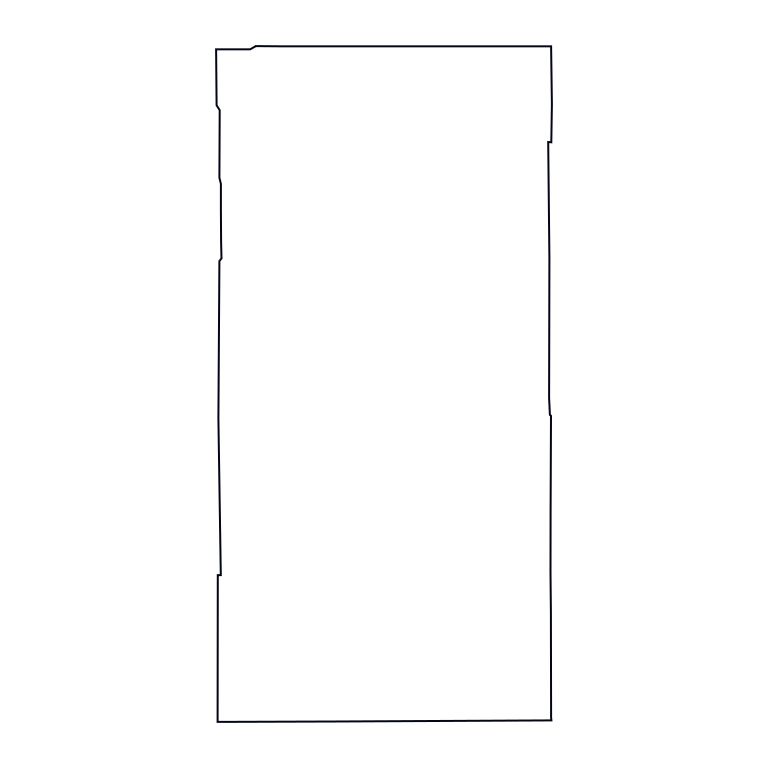 Campbell, Wyoming, United States of America
{"feature_id": "52423323B69169088112186", "entity_name": "Campbell", "entity_type": "district", "adm_level": 2, "iso_a3": "USA", "parent_name": "United States of America", "parent_adm1": "Wyoming", "projection": "natural_earth1", "projection_center": [-105.604, 44.248], "detail": "fine", "context": "isolated", "style": "outline", "palette": "ink", "viewbox_px": 768, "rotation_deg": 0, "n_neighbors": 0, "source": "geoboundaries", "source_scale": "gbopen_adm2", "svg_char_len": 515}
<svg xmlns="http://www.w3.org/2000/svg" viewBox="0 0 768 768"><path d="M216.1,49.3L216.6,105.3L219.7,110.2L219.4,177.7L220.9,183.9L220.9,209.5L221.1,241.9L221.5,258.4L219.4,261.1L218.4,418.7L220.8,575.1L217.8,575.1L217.6,721.9L335.9,721.5L551.4,720.4L551.1,717.6L550.9,611.8L550.5,572.7L550.6,510.1L551.0,415.8L549.9,414.9L549.1,397.7L549.4,258.2L548.2,142.0L551.3,142.3L551.9,104.2L551.1,46.3L447.0,46.3L278.5,46.3L255.5,46.1L255.2,46.5L250.2,49.3L216.1,49.3Z" fill="none" stroke="#020617" stroke-width="2"/></svg>